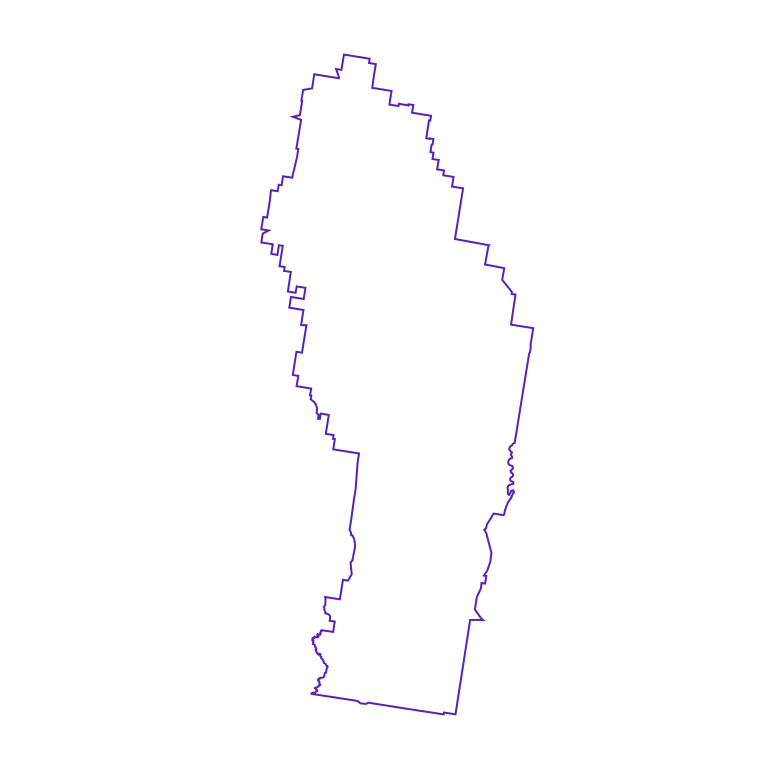 the district of Woodanilling, Western Australia, Australia, rotated 279°
{"feature_id": "25037944B81892326519969", "entity_name": "Woodanilling", "entity_type": "district", "adm_level": 2, "iso_a3": "AUS", "parent_name": "Australia", "parent_adm1": "Western Australia", "projection": "orthographic", "projection_center": [117.181, -33.52], "detail": "fine", "context": "isolated", "style": "outline", "palette": "violet", "viewbox_px": 768, "rotation_deg": 279, "n_neighbors": 0, "source": "geoboundaries", "source_scale": "gbopen_adm2", "svg_char_len": 5849}
<svg xmlns="http://www.w3.org/2000/svg" viewBox="0 0 768 768"><g transform="rotate(279 384 384)"><path d="M650.9,258.1L650.8,258.9L636.4,258.9L633.7,252.3L631.9,260.8L602.7,260.6L602.7,262.6L594.2,262.6L576.3,261.2L573.4,261.1L573.4,251.8L564.3,251.8L564.3,248.9L557.8,248.8L557.8,242.2L554.1,242.2L547.2,242.6L530.1,242.5L530.1,238.6L517.6,238.6L517.6,246.1L513.6,240.7L504.6,240.7L504.6,252.3L494.9,252.3L494.8,258.5L504.6,258.5L504.6,262.4L484.0,262.4L484.0,267.6L480.1,267.6L480.1,274.5L473.9,274.5L460.3,274.6L460.3,282.4L466.7,282.5L466.7,291.4L455.4,291.4L455.4,278.5L444.6,278.5L444.5,292.9L429.4,292.9L429.4,294.9L429.6,296.3L430.0,298.2L402.1,298.1L402.2,292.5L378.7,292.5L378.6,298.1L368.2,298.0L368.1,312.8L361.3,312.7L361.3,314.0L357.4,314.0L355.4,317.6L353.4,319.7L349.5,321.8L344.7,322.0L343.1,324.3L339.4,324.1L339.4,326.1L344.9,326.1L344.8,334.3L325.7,334.3L325.7,342.2L321.9,342.2L321.9,344.1L311.5,344.1L311.5,369.8L311.4,369.8L311.4,370.2L302.4,370.2L275.9,372.4L264.5,372.4L244.7,372.8L234.9,372.8L232.2,374.5L229.5,375.3L229.4,376.7L226.0,378.9L219.5,380.9L204.9,380.4L204.9,380.2L204.7,380.2L202.2,378.9L191.0,381.9L184.2,379.2L184.2,374.1L164.4,374.1L164.4,359.3L162.1,359.9L156.5,360.6L154.4,359.4L153.4,360.2L151.9,360.3L149.2,361.9L148.3,361.9L148.3,363.8L147.4,365.8L146.8,366.7L144.7,367.4L141.6,367.4L141.7,372.5L131.2,372.6L131.1,361.7L130.8,361.6L130.7,361.3L130.9,360.9L130.8,360.6L130.6,360.3L130.4,360.2L130.0,360.3L129.8,360.5L129.6,360.3L129.3,360.4L128.9,360.2L128.6,360.2L128.3,360.0L128.0,360.2L127.7,360.2L127.1,360.3L126.5,360.2L126.4,359.4L126.5,358.8L126.1,358.3L126.1,358.1L126.6,357.6L126.4,357.4L125.5,357.4L124.6,358.5L124.4,358.7L123.9,358.8L123.8,358.6L123.7,358.4L123.9,358.3L123.9,357.4L123.5,357.2L123.2,356.3L123.0,356.2L122.9,355.9L122.8,355.7L123.2,355.4L123.3,355.1L123.5,354.9L122.9,354.5L122.6,354.6L121.6,354.2L121.6,353.8L122.0,353.6L122.0,353.4L121.9,353.2L121.6,353.2L120.0,353.1L119.8,353.3L119.8,353.5L119.4,353.5L119.2,353.8L119.3,354.1L119.0,354.3L118.9,354.6L118.5,354.5L118.5,354.3L118.2,354.3L117.9,354.2L117.5,354.2L117.2,354.7L116.5,354.7L116.1,354.6L115.5,356.1L114.0,357.2L113.1,357.4L112.8,358.1L112.5,358.3L111.9,358.6L111.5,358.6L111.0,358.4L110.8,358.1L110.6,358.1L110.4,358.2L110.2,358.7L109.2,358.9L108.5,359.6L107.7,359.8L107.6,360.0L107.6,360.5L106.7,361.0L106.5,361.5L107.0,361.8L107.5,362.2L107.6,362.6L107.5,363.1L107.1,363.4L106.6,363.6L105.5,363.5L104.7,364.7L104.2,364.6L103.2,365.0L103.1,365.3L103.1,365.5L102.9,366.1L102.5,366.4L101.9,366.7L101.0,367.7L99.9,367.8L99.4,368.0L99.0,368.5L98.6,369.8L98.4,370.1L97.5,370.9L96.7,371.1L96.5,372.2L96.2,372.4L95.9,372.6L95.8,372.4L95.4,372.1L93.4,372.0L92.9,371.8L92.3,371.9L89.9,371.9L89.6,371.6L89.4,371.1L88.9,370.8L85.9,370.6L85.3,370.4L85.0,370.1L84.5,369.4L84.0,368.0L84.1,367.6L83.8,367.0L83.5,367.0L83.2,366.7L82.8,366.6L82.8,366.4L83.0,366.0L82.8,365.8L82.5,365.9L82.0,365.2L81.8,365.2L81.6,365.3L81.4,365.2L81.2,365.3L80.9,365.2L80.7,365.3L80.6,366.0L80.3,366.4L79.7,366.8L78.2,366.9L77.4,367.1L77.4,367.6L77.3,368.0L77.0,368.1L76.8,368.1L76.4,367.7L75.8,367.0L75.1,366.8L75.0,366.2L74.9,366.2L73.6,364.9L73.4,364.6L73.5,364.1L72.8,363.3L72.3,363.9L71.8,364.9L71.6,365.1L71.5,365.4L70.7,366.1L70.4,366.1L70.1,365.4L69.6,365.0L68.5,364.2L68.3,364.1L67.9,364.2L67.7,364.1L67.7,363.5L68.0,363.2L68.1,362.9L67.9,362.6L67.6,362.5L67.8,362.1L67.8,361.7L67.5,361.4L67.1,360.7L66.9,360.6L66.6,360.8L66.8,407.5L64.9,410.6L65.2,416.2L66.8,418.4L66.8,454.6L67.0,494.6L68.9,494.6L68.9,506.3L164.4,506.0L165.6,513.1L166.4,518.7L167.7,516.6L175.5,509.0L188.2,509.0L197.2,511.7L202.7,511.5L202.7,515.0L210.4,515.1L210.4,512.6L215.7,515.2L225.2,516.8L234.1,516.5L252.8,508.3L255.7,505.8L257.2,507.3L261.3,507.6L273.2,512.6L273.2,522.7L274.1,523.1L274.8,523.2L278.6,523.2L279.8,523.6L281.9,523.8L284.1,524.5L285.4,524.6L286.9,525.2L288.4,526.0L289.7,526.4L290.8,527.2L291.9,527.4L292.4,527.8L292.7,527.4L293.1,527.4L293.9,527.9L296.2,528.7L297.3,529.4L297.8,529.3L298.0,528.6L299.1,528.5L299.1,527.9L298.9,527.6L298.8,527.0L298.6,526.8L298.3,526.2L298.0,526.0L297.6,525.9L296.5,526.1L295.5,525.4L294.0,524.9L294.0,524.7L294.9,523.7L295.4,523.4L299.1,522.9L300.8,522.3L301.3,522.3L302.3,522.6L303.4,523.1L303.7,523.4L304.5,525.1L304.8,525.5L305.2,526.4L305.2,526.9L305.5,527.3L306.3,527.3L307.4,527.0L307.5,526.8L307.8,524.6L308.4,523.9L309.3,523.5L309.6,523.6L310.5,523.6L311.4,523.9L312.5,525.1L312.9,525.5L314.5,525.8L315.0,525.6L315.3,525.3L316.6,523.3L316.9,523.3L317.3,522.9L317.8,522.6L318.4,522.7L320.5,524.5L321.1,524.5L321.7,524.2L322.7,524.0L323.0,523.7L323.3,521.8L323.6,520.7L324.4,519.6L326.2,518.9L328.5,519.2L329.4,519.8L330.4,520.8L330.6,521.8L331.5,522.2L331.9,522.1L332.3,521.9L333.1,521.1L334.0,520.4L334.4,520.3L334.9,520.4L335.4,520.9L336.6,521.0L336.8,520.6L337.1,519.9L337.6,519.4L338.0,518.8L338.5,518.3L339.0,518.0L340.3,517.8L342.1,518.5L342.6,519.0L342.9,519.5L343.3,519.9L343.7,520.2L344.9,520.5L346.4,522.0L346.4,522.3L346.7,522.3L436.4,522.6L437.1,522.7L438.4,523.2L439.0,523.2L443.7,523.2L444.9,522.7L445.4,522.6L462.5,522.7L462.5,500.2L492.9,499.9L492.9,495.9L495.0,495.9L505.4,484.4L517.2,484.7L517.6,474.7L517.8,465.1L537.4,465.6L537.5,465.7L537.5,463.0L537.6,461.2L538.3,431.4L589.6,431.5L589.7,420.3L599.4,420.3L599.4,409.9L604.3,409.9L604.3,402.9L613.8,403.0L613.8,396.7L620.2,396.7L620.3,393.6L627.9,393.6L628.3,394.5L633.7,394.5L633.7,391.0L633.3,391.0L633.3,387.3L643.4,387.3L643.5,387.3L643.5,387.2L651.4,387.2L651.4,388.5L656.3,388.5L656.3,369.3L664.1,369.3L664.1,364.4L662.8,364.4L663.2,362.4L663.0,360.6L663.1,354.9L660.8,354.8L660.8,345.6L674.6,345.6L674.7,326.1L687.7,325.8L698.7,325.9L698.7,319.0L703.0,319.0L703.1,292.9L687.6,292.8L687.6,287.4L679.1,292.0L678.9,292.4L679.0,266.7L664.7,266.7L661.8,258.1L650.9,258.1Z" fill="none" stroke="#5b21b6" stroke-width="2"/></g></svg>